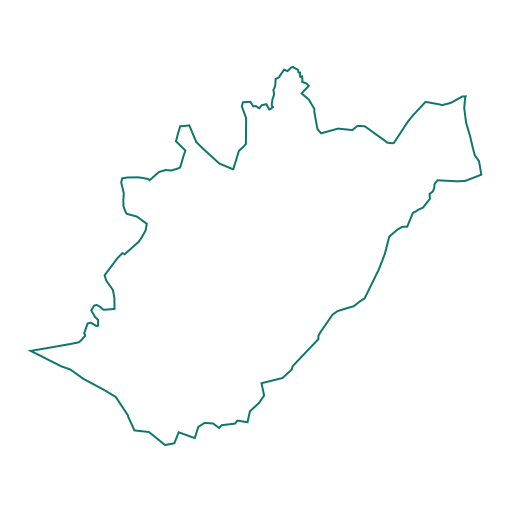 the district of Jema'A, Kaduna, Nigeria
{"feature_id": "59680162B37059166930142", "entity_name": "Jema'A", "entity_type": "district", "adm_level": 2, "iso_a3": "NGA", "parent_name": "Nigeria", "parent_adm1": "Kaduna", "projection": "equal_earth", "projection_center": [8.262, 9.414], "detail": "fine", "context": "isolated", "style": "outline", "palette": "teal", "viewbox_px": 512, "rotation_deg": 0, "n_neighbors": 0, "source": "geoboundaries", "source_scale": "gbopen_adm2", "svg_char_len": 3458}
<svg xmlns="http://www.w3.org/2000/svg" viewBox="0 0 512 512"><path d="M134.4,430.4L148.9,432.0L165.0,445.0L174.3,443.3L178.7,432.3L194.8,438.1L194.9,437.8L198.3,426.9L204.6,422.9L213.1,423.5L219.1,428.0L219.6,427.4L221.7,425.2L235.0,423.6L237.4,420.6L247.5,422.2L249.9,411.3L251.2,410.1L258.9,403.0L262.4,398.0L264.1,395.5L261.5,383.2L282.5,378.0L291.8,369.5L292.6,366.2L318.3,339.2L318.5,338.5L318.3,336.1L320.1,332.6L332.5,314.7L337.4,311.2L340.9,310.0L353.8,306.2L359.6,301.6L364.7,298.3L377.6,271.9L377.8,271.8L380.1,266.2L384.8,254.0L389.3,236.6L396.6,230.2L401.8,227.0L402.1,226.8L406.4,226.7L407.2,226.7L412.9,212.8L416.3,211.2L417.7,210.0L423.2,207.5L423.2,207.3L429.9,198.8L429.6,195.1L429.6,193.9L432.8,191.5L433.5,189.9L434.2,188.1L434.5,184.4L434.8,183.6L437.6,180.3L457.0,181.3L465.2,180.9L481.3,174.7L479.7,165.0L478.9,161.0L474.8,155.3L472.8,147.8L469.9,135.4L466.1,122.9L464.8,112.5L464.2,108.3L465.2,97.2L465.6,96.4L462.4,96.4L461.3,97.0L459.8,97.9L451.9,102.3L450.1,103.1L441.6,105.2L440.0,104.5L427.4,102.2L425.4,102.0L413.3,115.0L407.9,121.6L393.9,142.9L392.3,143.3L387.1,142.6L385.9,141.5L365.1,126.5L364.3,126.2L357.4,125.9L353.0,129.6L352.5,130.1L338.1,128.6L324.4,132.4L321.1,133.3L317.8,129.5L317.4,128.8L314.7,114.0L314.3,111.4L314.4,109.0L308.8,99.5L302.7,94.4L301.7,93.6L302.2,92.9L303.0,91.8L303.7,91.1L304.5,90.2L305.0,89.8L306.2,88.6L307.6,87.1L308.3,86.4L308.6,86.0L308.7,85.8L307.9,85.0L307.0,84.0L306.3,83.4L305.4,83.1L304.7,82.8L304.3,82.7L303.9,82.6L302.9,82.2L302.6,82.1L302.3,82.0L302.4,79.9L302.3,79.1L302.2,77.8L302.1,76.4L301.4,76.6L301.0,76.7L300.3,76.8L300.2,76.8L300.0,75.3L300.1,73.6L300.0,72.5L299.8,72.5L299.3,72.6L298.9,72.7L298.7,72.7L298.5,72.4L298.2,71.0L298.1,69.9L293.4,67.4L293.2,67.0L291.4,67.4L287.4,71.1L284.1,69.6L279.7,76.1L279.3,77.1L277.3,78.2L275.6,78.9L275.3,85.2L274.7,87.3L273.3,90.1L273.5,90.6L274.0,93.6L274.0,94.5L273.8,95.1L273.7,95.6L273.5,96.3L273.4,96.6L272.9,98.2L272.7,98.7L272.4,99.6L272.3,100.6L272.2,101.2L272.2,101.9L271.9,103.1L271.8,105.3L271.9,105.8L272.3,106.3L272.8,106.6L273.0,107.1L271.9,107.8L270.9,108.8L269.3,109.5L266.4,104.2L261.8,105.2L259.3,108.3L259.2,108.3L255.8,106.0L253.3,106.4L250.4,101.8L243.1,102.2L242.6,103.4L241.8,106.4L246.1,118.0L245.9,143.9L243.8,146.4L238.8,151.0L238.5,152.1L233.3,169.2L233.0,169.3L219.3,163.5L208.1,153.3L201.9,147.6L197.7,143.5L197.0,142.5L196.4,142.4L189.3,125.4L185.5,125.8L183.6,126.1L182.9,126.2L180.3,126.1L178.1,133.0L176.5,139.5L175.9,141.2L185.4,150.6L183.7,155.4L180.1,167.5L177.6,168.6L171.2,170.5L165.0,170.0L164.5,170.4L158.9,172.0L149.7,180.2L148.5,179.1L142.4,177.9L137.8,177.3L127.4,177.5L122.2,178.3L121.2,182.4L123.8,193.4L123.3,200.1L123.5,206.6L125.8,212.4L126.7,213.8L128.2,214.2L136.9,216.6L146.8,223.8L145.6,230.4L141.6,237.6L138.7,241.8L124.7,254.2L122.3,253.2L117.3,258.3L110.6,267.3L104.6,275.3L106.1,280.2L106.6,281.0L107.6,282.5L112.9,290.0L114.4,297.9L114.5,308.9L105.4,309.7L103.3,309.7L100.5,307.2L99.9,306.7L96.7,305.0L94.1,305.6L91.3,310.2L91.7,311.2L95.0,316.9L95.2,317.1L98.0,319.7L98.1,321.6L98.1,325.6L97.1,326.0L96.4,326.0L92.2,323.4L91.9,323.3L90.8,322.9L90.4,322.9L89.7,322.9L87.6,323.5L84.2,333.3L84.8,334.2L84.9,334.4L85.2,335.7L81.2,340.3L78.6,342.4L78.2,342.4L77.0,342.7L70.9,343.9L30.7,350.9L61.4,366.4L70.4,369.5L71.1,370.0L72.7,371.2L83.3,378.8L104.0,389.9L115.8,397.0L124.3,409.9L128.0,415.5L128.1,416.6L131.8,424.6L134.4,430.4Z" fill="none" stroke="#0f766e" stroke-width="2"/></svg>